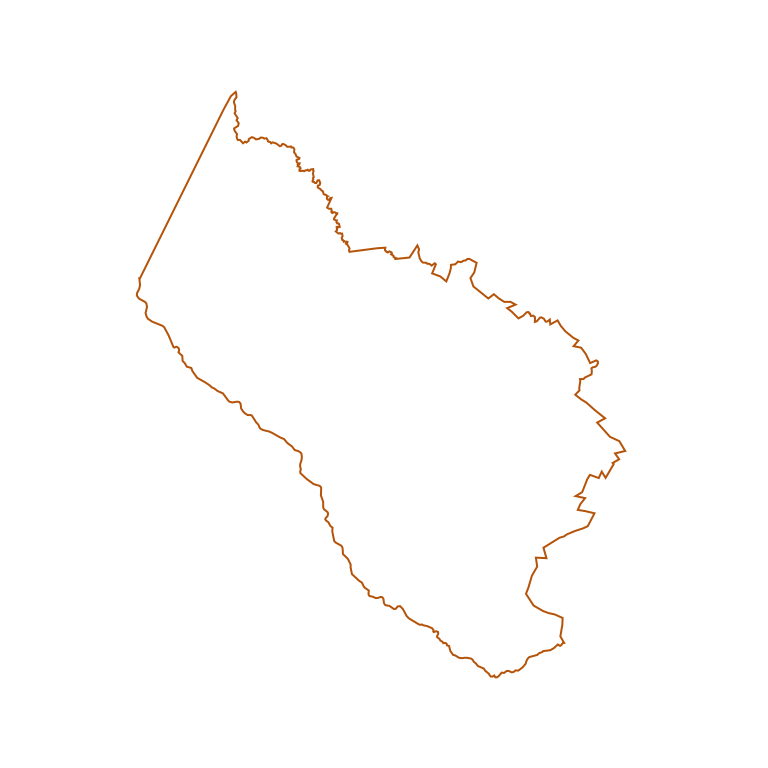 outline of Vhembe, Limpopo, South Africa, rotated 223°
{"feature_id": "47623444B95982048670815", "entity_name": "Vhembe", "entity_type": "district", "adm_level": 2, "iso_a3": "ZAF", "parent_name": "South Africa", "parent_adm1": "Limpopo", "projection": "albers", "projection_center": [30.242, -22.781], "detail": "fine", "context": "isolated", "style": "outline", "palette": "amber", "viewbox_px": 768, "rotation_deg": 223, "n_neighbors": 0, "source": "geoboundaries", "source_scale": "gbopen_adm2", "svg_char_len": 6140}
<svg xmlns="http://www.w3.org/2000/svg" viewBox="0 0 768 768"><g transform="rotate(223 384 384)"><path d="M339.8,524.0L345.7,523.5L341.9,531.8L347.6,530.3L352.0,526.1L358.5,524.9L364.9,524.6L366.0,517.7L385.1,516.3L393.0,520.4L394.1,527.2L398.9,535.8L406.9,533.7L408.3,532.3L408.5,530.3L410.0,528.2L410.8,525.6L413.4,524.0L413.5,520.2L416.3,516.8L414.1,514.3L411.6,509.7L408.4,501.5L416.1,501.1L424.2,497.7L427.7,506.9L428.7,507.1L429.3,506.8L429.9,503.1L432.5,502.9L434.7,501.3L435.6,501.6L438.4,499.3L440.4,499.3L443.6,500.3L448.7,503.7L450.2,506.4L454.1,508.1L451.6,493.9L461.0,483.1L461.8,483.7L461.6,484.1L463.6,483.4L464.6,484.3L467.3,483.7L467.4,485.1L468.4,485.4L470.6,484.6L470.8,482.9L472.3,482.7L472.4,482.3L474.6,482.5L476.0,484.6L481.7,478.5L499.4,457.1L500.7,457.8L501.7,459.7L505.7,460.9L507.3,460.7L507.0,461.8L507.6,463.0L508.6,462.5L508.8,461.8L510.5,461.4L510.6,460.7L512.2,461.3L513.1,460.9L513.5,461.5L514.6,462.0L515.1,463.9L517.2,465.4L518.0,464.5L518.9,464.5L519.9,463.0L523.3,462.7L523.3,464.6L525.7,466.5L525.2,467.2L524.4,467.1L523.5,468.6L526.0,470.4L527.1,470.3L527.7,469.5L529.1,469.9L530.0,471.4L530.5,470.9L532.9,470.3L533.4,470.8L534.3,475.2L534.2,476.5L534.6,477.0L535.4,476.4L537.4,475.9L538.3,474.9L538.2,474.0L538.8,473.7L540.0,474.0L540.4,475.1L542.1,476.2L543.8,474.6L545.9,474.2L549.3,484.3L550.0,483.4L549.9,481.0L550.5,480.5L552.0,480.5L552.6,481.0L553.3,482.0L553.1,482.9L554.0,482.5L554.9,482.9L557.6,481.7L560.2,483.3L561.7,482.9L563.5,483.2L565.5,482.6L566.9,482.8L567.7,483.9L566.8,485.6L567.8,487.6L570.4,488.8L571.4,487.7L570.6,484.8L571.9,483.8L573.0,484.0L574.1,483.3L574.7,483.6L575.3,485.5L576.5,486.4L576.5,487.4L579.5,489.4L580.9,491.9L581.9,492.1L582.4,492.8L584.0,490.8L583.8,489.2L584.3,488.7L585.9,488.7L586.1,487.7L587.0,487.0L587.5,485.2L588.7,484.7L590.0,483.0L591.3,482.3L592.3,483.5L591.9,484.6L592.7,485.2L593.8,485.3L595.6,484.3L595.9,485.3L596.5,485.5L595.8,486.8L596.2,487.8L597.0,487.0L598.3,486.7L599.7,487.2L600.6,488.0L600.8,488.4L599.6,490.5L599.9,491.6L603.1,490.7L605.5,491.8L607.8,492.1L609.6,494.5L610.9,495.0L611.9,494.9L613.0,493.8L613.9,494.3L616.5,491.5L618.9,491.6L621.5,490.8L622.1,489.7L621.6,488.5L622.3,486.9L626.9,486.4L630.2,484.8L630.7,483.0L632.1,483.4L634.2,482.3L635.2,483.0L637.5,483.6L639.0,481.8L639.8,481.8L641.3,481.0L642.3,480.1L642.4,478.4L644.4,475.6L646.8,475.4L649.0,474.4L649.9,470.9L648.8,469.5L649.3,466.8L650.9,466.5L651.3,463.9L655.7,464.3L657.4,462.8L658.9,463.3L660.7,464.6L661.9,466.5L665.4,467.2L667.7,468.3L667.9,469.1L666.7,473.2L668.1,475.6L671.8,476.4L672.3,478.6L672.7,478.8L677.9,480.1L678.6,482.4L679.8,482.9L682.3,485.7L686.2,487.9L687.2,490.2L687.4,493.1L690.6,496.0L691.7,496.5L692.3,490.0L688.3,474.6L634.5,294.7L635.0,294.4L629.8,289.9L627.8,286.4L626.8,282.5L625.7,280.7L624.3,279.9L621.1,279.4L614.5,281.1L612.7,280.8L609.9,278.8L606.8,273.3L603.7,271.4L601.2,270.7L596.0,271.5L585.9,275.4L583.7,275.7L574.8,272.7L563.1,267.4L562.1,267.7L561.5,269.3L560.9,269.9L558.7,270.2L557.0,269.2L555.9,267.0L550.7,267.0L547.0,263.5L544.0,263.4L540.0,262.2L535.9,264.3L532.9,262.8L524.9,261.1L515.8,263.3L510.7,264.1L507.5,264.1L505.0,265.0L500.8,265.4L495.4,267.3L486.3,265.6L484.9,265.7L482.4,267.0L479.2,271.1L477.5,272.1L475.5,271.8L471.8,268.7L468.9,267.9L465.7,267.7L462.5,268.3L460.3,270.4L459.2,270.8L451.0,268.7L448.3,268.6L444.4,267.0L441.3,267.7L435.8,270.8L433.1,271.8L423.5,274.1L419.5,275.6L414.6,274.9L408.8,275.6L404.2,274.8L400.9,276.5L398.1,277.0L396.4,276.4L394.3,274.6L392.5,272.2L390.5,268.0L388.7,266.2L386.6,264.9L385.6,262.8L384.4,261.8L375.6,261.8L367.2,262.8L361.6,265.6L360.0,265.6L358.9,265.0L354.2,259.5L348.2,256.4L344.1,252.1L342.3,251.5L337.9,251.8L336.6,251.2L335.2,248.9L335.2,246.1L334.7,245.0L333.2,244.6L330.5,245.0L326.4,243.6L323.6,243.8L321.4,241.0L313.3,235.2L311.0,235.1L305.1,236.6L303.7,236.4L302.1,235.5L298.0,231.6L291.2,231.5L285.2,229.2L283.5,227.2L277.8,223.1L268.1,223.1L264.6,223.7L260.7,222.1L258.9,221.9L254.3,222.6L252.0,219.7L250.6,219.1L249.7,219.2L246.9,220.9L244.0,221.8L242.6,223.3L241.3,225.9L239.8,226.9L237.9,226.5L234.7,223.8L232.8,223.2L231.6,223.5L228.7,225.4L223.3,226.2L222.1,227.6L222.3,230.6L220.7,232.5L216.7,232.3L209.0,229.7L205.8,229.6L194.8,231.9L193.1,232.7L192.3,234.0L190.7,234.3L187.5,236.3L182.3,238.2L179.9,237.8L179.2,236.6L178.5,236.5L177.0,238.9L175.5,239.5L174.0,238.4L173.2,235.6L172.4,235.1L169.8,235.4L167.5,234.8L165.5,235.4L163.9,234.9L162.3,236.6L160.9,236.7L159.7,235.8L157.8,236.8L153.2,233.9L148.7,233.0L147.0,234.0L142.2,235.0L139.8,236.8L138.4,238.7L136.5,240.4L133.0,242.6L131.2,242.8L128.9,242.1L126.2,242.3L123.0,241.8L116.8,244.0L114.5,243.3L109.3,243.6L108.4,243.1L106.4,242.9L105.0,244.1L104.6,246.0L102.5,245.4L101.4,246.4L100.9,248.4L101.1,253.2L99.1,254.6L98.6,257.7L97.2,259.1L93.8,260.3L92.8,261.9L92.5,264.2L90.3,266.0L89.4,271.3L89.6,276.0L90.9,278.5L91.6,281.2L91.5,283.4L87.2,290.3L86.9,293.2L85.4,295.9L85.4,297.3L80.9,302.6L79.7,306.4L79.2,312.1L76.6,312.5L76.3,313.9L76.6,316.6L75.7,317.5L82.9,319.7L89.5,329.7L93.8,334.7L101.8,332.0L107.6,328.6L112.9,326.4L123.5,324.0L137.1,327.4L139.4,333.3L145.1,344.7L147.4,354.9L154.5,360.6L146.4,367.4L155.7,373.0L150.8,391.2L148.4,395.3L147.6,399.0L144.0,406.9L139.9,414.3L138.0,419.0L141.9,433.0L150.1,428.3L156.4,424.1L158.5,430.1L159.1,437.7L167.4,432.7L165.3,440.1L170.5,453.2L171.4,458.0L162.8,461.7L165.0,468.4L157.9,466.5L161.4,482.1L162.9,482.2L160.7,489.3L167.7,490.8L161.9,499.5L172.9,502.7L182.7,499.5L201.8,501.2L198.9,509.7L211.8,508.7L223.4,508.4L229.5,507.2L236.8,506.6L236.7,512.7L238.3,514.0L242.6,520.2L244.0,521.3L241.4,523.7L241.5,525.7L238.8,532.6L241.2,535.6L243.0,536.9L242.8,538.4L241.3,540.5L240.9,541.9L241.5,544.8L242.9,546.3L244.9,546.0L247.5,539.9L257.0,543.6L264.6,545.0L271.1,541.0L271.5,548.4L277.0,546.9L287.2,546.2L294.4,547.1L300.4,548.9L303.0,541.0L306.7,544.2L307.1,541.4L308.0,540.0L308.6,539.9L311.6,540.8L314.5,540.0L315.2,538.6L315.0,534.2L316.0,532.3L319.1,535.8L321.4,535.8L323.0,533.9L325.1,535.1L325.5,534.6L327.3,535.2L328.6,533.8L328.7,528.9L330.4,523.7L339.8,524.0Z" fill="none" stroke="#b45309" stroke-width="2"/></g></svg>